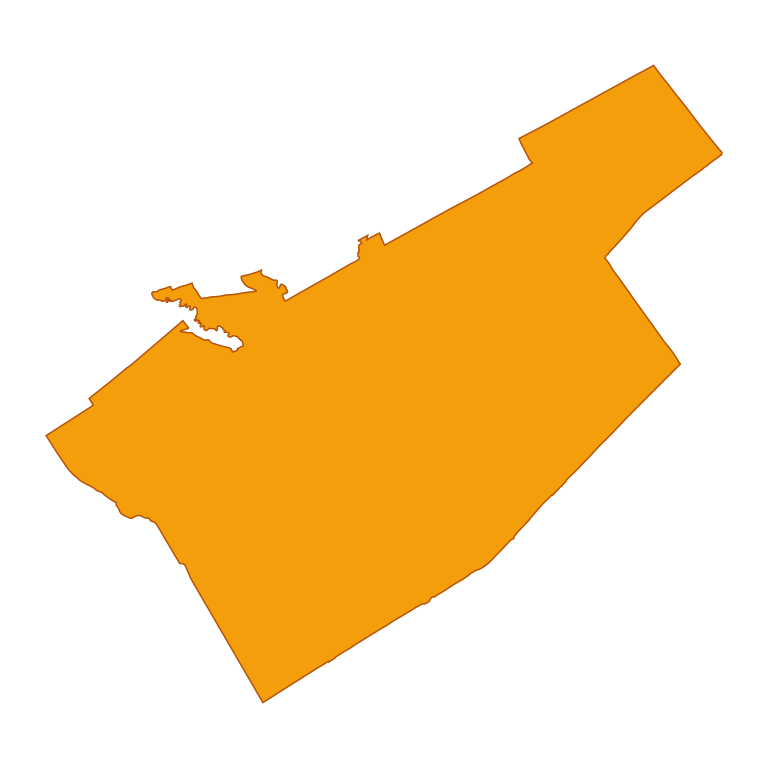 outline of Tatarastii De Sus, Teleorman, Romania
{"feature_id": "2599482B7742173456178", "entity_name": "Tatarastii De Sus", "entity_type": "district", "adm_level": 2, "iso_a3": "ROU", "parent_name": "Romania", "parent_adm1": "Teleorman", "projection": "orthographic", "projection_center": [25.114, 44.405], "detail": "fine", "context": "isolated", "style": "filled", "palette": "amber", "viewbox_px": 768, "rotation_deg": 0, "n_neighbors": 0, "source": "geoboundaries", "source_scale": "gbopen_adm2", "svg_char_len": 6103}
<svg xmlns="http://www.w3.org/2000/svg" viewBox="0 0 768 768"><path d="M156.2,524.0L158.2,527.0L165.1,539.0L168.5,544.5L175.9,557.2L176.7,558.2L179.1,562.6L180.0,563.6L182.3,563.6L184.0,564.2L184.6,564.7L185.2,565.6L189.7,575.8L190.4,577.9L262.9,702.6L317.8,667.7L319.4,666.9L328.3,661.4L328.6,662.1L334.8,658.1L335.4,657.6L335.6,657.0L343.0,652.3L349.8,648.3L355.5,644.5L378.8,630.0L386.0,625.8L392.9,621.3L412.1,609.8L416.3,607.0L417.7,606.6L421.1,604.4L422.4,603.9L424.4,604.1L428.4,602.0L429.5,601.0L430.0,599.6L431.4,597.8L431.9,597.3L433.6,596.9L434.8,596.8L435.2,596.4L439.4,593.6L442.7,591.8L453.6,584.6L463.8,578.7L469.1,574.8L469.6,574.1L474.6,571.2L475.6,570.3L476.3,570.3L479.8,569.1L483.1,567.2L487.4,564.1L490.5,561.2L511.2,539.6L513.4,538.8L514.0,537.8L514.1,536.4L516.1,534.2L516.7,533.2L529.5,519.6L529.9,518.7L542.2,504.5L549.0,497.9L551.6,495.2L552.3,495.4L552.9,494.7L553.1,494.7L556.0,491.5L559.4,488.1L560.1,487.2L560.9,486.7L565.7,481.6L566.4,480.8L566.5,480.1L567.1,479.3L577.3,469.4L582.9,463.4L589.0,457.2L598.7,446.6L611.6,433.8L627.7,416.8L680.3,364.1L674.8,355.5L672.0,351.4L670.1,348.9L663.3,340.4L653.7,326.8L632.5,297.4L628.4,291.2L624.4,285.8L619.5,278.8L614.0,271.6L612.4,269.2L609.5,263.9L604.8,257.9L605.8,256.2L606.5,255.4L608.4,253.7L608.9,252.6L614.8,246.5L630.1,229.3L636.1,221.5L639.9,217.1L644.0,213.0L648.9,209.2L663.5,198.3L672.3,191.4L691.3,177.1L701.3,170.0L704.4,167.4L708.0,164.9L709.3,163.6L713.0,160.9L719.5,156.3L721.0,155.1L721.8,154.2L721.9,152.4L720.4,150.5L719.5,149.7L716.0,145.5L700.2,125.8L694.5,118.4L687.6,109.1L674.0,92.0L668.6,84.9L661.6,76.3L653.6,65.4L624.9,81.0L544.7,125.1L519.0,138.5L520.9,143.1L529.4,159.6L532.5,163.2L530.8,163.9L526.0,167.1L519.4,171.0L514.3,173.4L509.0,176.8L502.3,180.5L500.9,181.4L499.9,181.8L474.9,195.8L451.0,208.4L384.6,245.2L381.7,238.6L379.5,233.0L372.3,236.7L366.8,239.8L367.8,235.3L358.4,240.4L358.6,240.9L358.9,241.1L360.1,240.8L361.7,243.4L359.0,245.0L358.7,245.7L358.8,248.2L359.2,249.3L358.8,250.0L358.7,250.4L359.2,252.0L358.2,252.6L357.9,252.9L357.9,253.6L358.1,256.3L358.3,256.6L359.4,257.3L359.5,258.3L359.4,258.6L358.0,259.9L355.2,261.7L351.2,263.5L330.8,275.3L285.3,301.1L284.2,299.5L282.9,296.8L282.5,295.3L282.8,294.8L284.9,293.5L286.7,293.0L287.4,292.1L287.5,291.2L287.4,290.7L286.1,288.9L286.1,287.7L285.7,286.9L282.7,284.7L282.0,284.4L281.2,284.2L280.5,284.6L279.9,286.7L279.3,287.7L278.5,288.2L278.3,288.2L277.8,287.7L277.3,286.6L276.7,284.5L276.7,284.0L277.3,282.1L277.2,280.9L276.8,280.3L276.1,280.1L273.9,280.2L272.9,280.0L268.8,277.7L263.4,275.8L262.1,274.7L261.2,273.2L261.1,271.9L261.5,270.1L257.6,271.9L251.5,273.8L246.6,275.2L243.7,275.6L241.8,276.1L241.2,276.5L241.4,278.5L241.6,279.5L243.2,282.3L245.3,284.9L247.6,286.7L249.2,287.5L251.2,288.1L253.6,289.2L255.6,290.3L256.4,291.0L256.2,291.3L255.4,291.4L246.2,292.5L232.8,294.6L226.0,295.0L219.7,296.3L209.7,297.1L207.2,297.8L205.4,297.8L202.5,298.5L201.4,298.3L200.7,297.8L198.9,295.3L197.1,291.9L195.5,289.8L194.0,288.2L192.7,285.5L192.1,283.1L185.9,285.3L179.9,286.9L175.3,289.0L172.4,290.0L171.4,288.5L170.5,286.6L170.1,286.5L165.9,288.1L160.8,289.5L158.5,290.4L158.0,290.7L157.3,291.7L152.4,292.0L151.9,293.1L151.8,294.0L152.5,295.5L153.1,296.3L153.3,297.4L154.9,298.9L157.3,300.2L158.0,300.3L159.4,299.9L160.0,300.0L162.0,301.2L163.0,301.3L164.2,300.9L164.9,300.3L166.2,298.0L166.7,297.8L168.0,297.8L168.3,298.4L167.0,300.0L166.3,301.3L166.3,302.0L166.9,302.4L167.4,302.2L168.9,299.8L169.4,299.3L169.8,299.5L170.1,299.9L170.2,300.2L169.8,301.0L170.0,301.4L170.4,301.4L171.2,300.8L172.1,301.4L172.5,301.5L179.6,298.7L181.0,299.5L181.3,300.2L181.1,300.6L180.1,301.8L179.9,302.3L180.0,302.7L180.5,303.5L180.3,304.2L179.6,304.9L179.4,305.4L179.5,306.0L180.0,306.6L180.7,306.6L182.1,306.1L183.8,306.1L185.5,304.3L186.2,304.0L186.5,304.1L186.6,304.5L185.7,306.4L185.8,306.8L186.5,307.4L187.0,307.4L187.5,307.2L188.3,306.4L189.0,306.0L190.1,306.3L190.4,306.9L189.6,309.2L189.7,309.5L190.2,309.9L191.5,310.1L192.2,309.8L192.7,309.4L193.9,307.6L194.5,307.1L195.9,307.5L196.5,308.0L196.9,308.8L197.2,310.5L197.2,314.5L195.9,316.5L195.5,317.4L195.8,318.3L196.8,319.4L196.5,319.6L194.7,319.5L194.3,319.7L194.3,320.1L194.7,320.6L195.8,321.1L196.8,321.1L199.1,320.4L199.5,320.6L199.5,320.9L198.3,323.2L199.0,323.4L200.7,322.8L201.2,323.1L201.2,323.6L200.3,325.2L200.1,326.0L200.2,326.5L201.0,326.9L201.8,326.9L202.7,326.5L203.6,325.5L203.9,325.5L204.2,325.9L204.5,326.8L204.1,328.4L204.1,329.3L204.4,329.8L205.6,330.5L206.6,330.5L208.6,328.7L210.5,328.3L211.4,328.6L214.7,328.8L215.1,329.1L215.8,330.3L216.4,330.7L216.9,330.6L217.3,330.0L217.4,329.4L217.3,327.2L217.5,326.5L219.1,325.9L220.2,326.2L221.5,327.3L222.9,328.1L223.0,328.4L222.8,328.9L223.2,329.5L224.9,330.4L224.1,331.8L224.2,332.2L225.0,332.4L226.8,332.2L227.8,332.5L228.7,333.3L228.9,333.9L227.8,335.7L227.9,336.0L228.7,336.7L230.0,337.1L230.8,337.0L231.8,336.6L233.0,335.7L234.4,335.8L237.4,336.8L238.2,337.5L238.8,338.4L240.0,339.4L240.7,340.3L241.7,340.4L242.1,341.2L243.2,344.8L243.3,345.8L241.1,346.7L238.8,348.0L237.8,348.3L237.6,348.5L237.9,349.2L237.9,349.7L235.6,351.2L235.1,351.4L234.2,351.2L233.4,351.8L232.8,352.0L232.3,351.5L231.5,349.6L230.9,348.8L230.3,348.4L228.0,347.5L221.9,346.1L211.5,342.9L210.2,341.7L209.4,340.6L208.3,339.8L207.7,339.7L205.6,340.2L203.4,339.6L197.9,336.7L195.2,335.5L193.5,333.9L192.2,332.9L190.3,332.6L187.7,332.7L185.8,332.4L185.0,332.0L181.4,331.8L180.6,331.6L180.5,331.2L180.7,330.8L183.2,329.8L187.1,328.9L188.2,328.4L188.4,327.9L188.3,327.4L188.0,327.0L185.8,324.6L185.2,323.5L182.9,320.6L130.8,365.2L126.7,368.0L112.5,379.8L89.1,398.5L92.6,404.0L92.9,405.1L92.2,406.0L46.1,435.6L56.8,452.4L68.2,469.2L72.3,473.7L80.1,480.5L82.7,482.2L93.9,488.0L96.8,490.6L102.4,492.7L103.9,494.5L109.0,498.3L112.5,500.7L115.2,502.1L116.0,502.1L116.3,505.6L117.7,507.1L118.2,507.8L118.8,508.8L119.6,511.3L121.1,513.7L124.5,515.7L130.2,518.2L131.0,518.4L133.0,517.7L136.1,515.9L137.8,515.6L140.1,515.5L144.8,517.8L148.8,518.4L149.4,518.9L150.6,520.8L151.0,521.1L153.9,521.8L156.2,524.0Z" fill="#f59e0b" stroke="#b45309" stroke-width="1.5"/></svg>